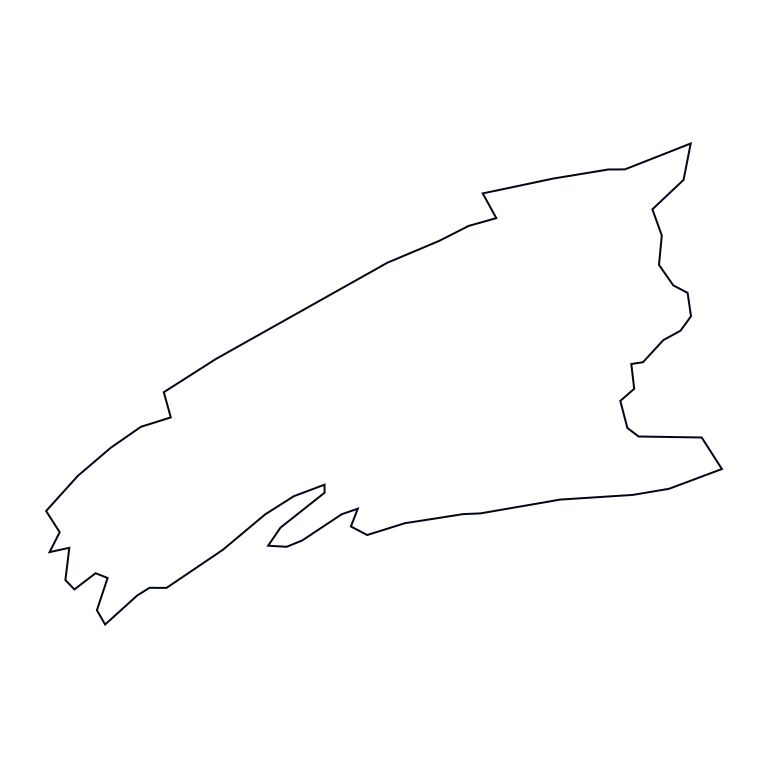 the district of Perry, Pennsylvania, United States of America
{"feature_id": "52423323B70700316727445", "entity_name": "Perry", "entity_type": "district", "adm_level": 2, "iso_a3": "USA", "parent_name": "United States of America", "parent_adm1": "Pennsylvania", "projection": "robinson", "projection_center": [-77.275, 40.407], "detail": "fine", "context": "isolated", "style": "outline", "palette": "ink", "viewbox_px": 768, "rotation_deg": 0, "n_neighbors": 0, "source": "geoboundaries", "source_scale": "gbopen_adm2", "svg_char_len": 898}
<svg xmlns="http://www.w3.org/2000/svg" viewBox="0 0 768 768"><path d="M690.7,143.5L624.8,169.4L608.2,169.5L553.5,178.5L482.7,193.4L496.3,218.1L468.7,225.9L439.1,240.9L387.4,262.7L216.0,358.9L163.8,392.2L170.8,417.4L140.9,426.8L110.8,447.7L78.0,475.7L46.1,511.0L59.7,532.2L49.6,552.1L69.3,547.8L65.4,580.1L74.4,589.4L95.6,573.2L107.6,578.0L96.9,610.2L105.1,624.5L137.2,595.5L149.5,587.8L166.5,587.9L223.0,549.7L265.0,514.5L293.8,496.2L324.5,484.7L324.6,492.7L280.5,527.6L268.1,545.7L286.6,546.8L302.1,540.5L341.8,514.2L357.8,508.7L350.9,526.5L367.2,535.0L404.9,523.2L463.2,514.1L480.4,513.4L560.0,499.6L632.9,494.9L669.0,488.8L721.9,469.0L701.7,437.5L638.6,436.5L627.4,428.0L620.3,400.9L634.2,388.8L631.3,364.0L643.0,362.2L663.3,340.1L680.5,330.7L691.0,316.3L687.6,292.9L673.3,285.4L659.0,264.9L661.8,235.5L652.4,209.3L683.6,179.8L690.7,143.5Z" fill="none" stroke="#020617" stroke-width="2"/></svg>